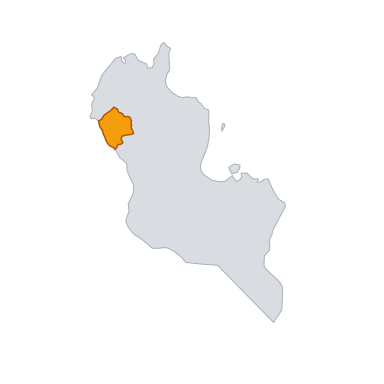 where Le Kef sits in Tunisia, rotated 328°
{"feature_id": "TUN-109", "entity_name": "Le Kef", "entity_type": "Governorate", "adm_level": 1, "iso_a3": "TUN", "parent_name": "Tunisia", "parent_adm1": "", "projection": "mercator", "projection_center": [8.752, 36.03], "detail": "fine", "context": "in_parent", "style": "filled", "palette": "amber", "viewbox_px": 384, "rotation_deg": 328, "n_neighbors": 0, "source": "natural_earth", "source_scale": "10m", "svg_char_len": 3697}
<svg xmlns="http://www.w3.org/2000/svg" viewBox="0 0 384 384"><g transform="rotate(328 192 192)"><path d="M263.5,221.2L263.4,222.3L262.1,230.4L261.8,233.4L261.6,238.3L261.6,244.3L264.5,249.3L264.6,251.5L263.5,254.0L258.2,256.9L251.4,260.7L245.5,264.2L239.1,268.2L237.1,270.7L233.9,272.6L231.3,274.6L230.8,276.4L228.9,279.9L226.5,282.7L220.4,284.1L219.3,284.9L216.4,289.1L215.1,290.8L213.5,294.2L215.6,303.2L218.1,312.4L218.6,316.2L218.6,319.4L217.2,322.8L213.9,327.7L211.5,331.3L207.0,337.7L205.6,339.3L202.5,341.2L196.4,343.7L192.1,345.9L189.9,336.1L188.1,327.7L186.5,320.7L183.8,308.5L181.5,298.0L179.2,287.6L177.1,278.1L175.1,268.5L174.2,267.1L167.9,262.6L162.1,258.4L156.0,253.6L149.5,248.5L148.5,242.0L145.1,232.1L141.6,226.6L140.3,225.2L133.1,221.6L129.0,219.0L127.9,217.5L127.1,213.4L124.2,205.4L120.8,198.1L119.6,193.1L119.4,186.9L120.1,182.4L121.5,180.5L128.5,174.8L131.7,168.1L135.7,165.5L139.2,163.6L142.0,161.4L144.5,157.8L146.4,153.9L146.7,149.8L147.5,143.2L148.8,138.6L151.7,133.3L150.5,129.1L148.9,124.6L149.4,116.7L149.0,113.5L147.7,110.6L146.4,107.0L146.4,103.9L147.6,95.9L148.6,89.8L150.1,81.8L149.5,79.5L148.4,77.9L145.0,76.1L145.0,75.0L145.8,73.9L150.8,70.0L153.5,64.2L155.7,63.0L159.1,60.9L159.0,58.7L158.3,56.3L167.1,53.6L175.6,46.4L178.6,44.7L198.2,38.1L200.7,38.6L203.6,39.5L202.8,42.0L201.6,43.9L203.3,47.4L205.7,45.3L205.1,43.9L204.9,42.0L209.0,41.9L212.5,42.1L216.5,44.2L216.2,51.9L221.4,59.5L219.9,63.3L224.2,65.5L228.0,62.8L229.9,58.9L236.9,56.6L243.6,50.8L247.3,50.2L248.1,55.0L249.9,59.1L247.4,60.6L244.1,65.0L238.1,76.2L232.5,79.5L228.3,83.8L226.9,86.8L226.5,90.4L227.6,96.7L230.6,103.2L234.1,107.1L237.6,108.3L245.5,114.4L245.3,118.0L246.5,122.3L246.9,127.6L249.6,131.7L243.7,140.8L240.5,147.4L234.2,156.4L228.6,162.2L216.6,170.9L213.6,173.7L211.7,176.7L210.8,179.8L211.2,183.4L215.1,192.4L220.4,197.6L225.7,200.5L235.0,199.3L234.7,202.8L235.4,206.9L239.1,206.7L241.7,206.0L243.8,202.0L248.4,204.8L250.7,213.1L254.6,215.7L255.0,216.7L253.7,217.3L252.6,218.3L253.7,219.0L257.5,220.0L259.7,219.3L263.5,221.2ZM243.8,197.9L242.9,198.1L241.1,199.3L240.2,199.4L237.6,198.1L236.6,198.1L235.3,197.2L235.8,192.1L236.2,190.7L242.5,190.5L246.0,193.5L246.5,194.3L246.7,195.2L245.1,196.9L243.8,197.9ZM255.3,153.1L249.8,156.2L250.8,153.5L254.5,150.2L255.4,151.0L255.3,153.1Z" fill="#d9dde1" stroke="#a8b0b8" stroke-width="1"/><path d="M149.3,114.9L149.2,113.6L148.6,112.1L146.8,109.2L146.4,107.7L146.2,105.8L146.4,102.3L147.2,99.5L147.3,99.0L147.4,96.5L148.2,93.3L148.6,92.5L148.9,91.7L148.8,90.9L148.6,90.0L148.4,89.2L148.6,87.3L150.3,82.5L150.3,82.3L150.9,82.2L153.1,82.4L153.9,82.4L157.1,80.7L158.5,80.2L158.8,80.2L167.4,79.7L170.5,78.6L172.2,81.2L172.6,82.1L172.7,82.3L172.7,82.7L172.6,83.0L172.4,83.5L172.2,83.9L172.1,84.2L172.1,84.8L172.1,85.1L172.2,85.4L172.5,86.0L173.5,87.2L174.2,88.3L174.3,88.7L174.4,88.9L174.5,89.3L174.5,89.9L174.4,90.9L174.4,91.2L174.5,91.8L174.6,92.1L174.7,92.3L175.2,92.7L177.4,93.8L177.7,94.1L178.0,94.4L178.5,95.3L178.8,95.8L178.9,96.2L178.8,96.9L178.6,98.1L178.4,99.1L178.2,99.6L178.0,100.0L177.1,100.9L176.6,101.7L176.5,102.0L176.4,102.7L176.3,103.1L176.1,103.4L176.0,103.6L175.9,103.8L174.6,104.9L174.5,105.0L174.4,105.2L174.3,105.4L174.3,105.5L174.3,105.9L174.3,107.6L174.1,109.3L174.0,109.6L173.5,111.3L171.8,111.2L165.6,108.6L162.7,107.7L162.3,107.7L162.0,107.8L161.6,108.1L160.8,108.7L160.5,109.0L160.2,109.3L160.0,109.8L159.9,110.2L159.8,110.6L159.7,112.4L159.6,113.0L159.5,113.3L159.3,113.6L159.2,113.7L158.4,113.8L156.8,113.7L156.3,113.6L154.8,112.7L154.6,112.7L154.4,112.6L154.1,112.6L153.8,112.8L153.4,113.0L152.1,114.0L151.5,114.5L151.0,114.7L150.0,114.8L149.3,114.9Z" fill="#f59e0b" stroke="#b45309" stroke-width="1.5"/></g></svg>